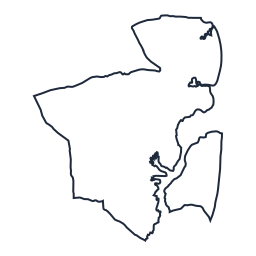 Lindi Urban, Lindi, United Republic of Tanzania
{"feature_id": "72390352B58883595926721", "entity_name": "Lindi Urban", "entity_type": "district", "adm_level": 2, "iso_a3": "TZA", "parent_name": "United Republic of Tanzania", "parent_adm1": "Lindi", "projection": "equal_earth", "projection_center": [39.68, -9.961], "detail": "fine", "context": "isolated", "style": "outline", "palette": "slate", "viewbox_px": 256, "rotation_deg": 0, "n_neighbors": 0, "source": "geoboundaries", "source_scale": "gbopen_adm2", "svg_char_len": 5896}
<svg xmlns="http://www.w3.org/2000/svg" viewBox="0 0 256 256"><path d="M160.2,215.4L160.0,214.8L159.9,214.0L160.5,212.4L160.4,211.5L159.8,211.3L159.1,211.7L158.6,211.6L158.0,210.2L156.9,210.5L156.3,209.7L156.4,208.4L158.3,202.4L158.6,199.9L158.5,198.6L158.1,198.5L157.4,199.6L156.8,199.9L156.5,199.5L156.5,198.9L156.7,196.1L155.3,195.9L153.7,195.2L154.5,194.3L155.7,191.5L156.3,191.4L157.1,190.2L158.4,189.2L158.4,188.3L158.1,187.3L157.3,185.9L156.6,185.3L155.6,185.0L155.0,184.1L155.2,183.4L155.8,183.2L158.5,183.7L159.5,183.5L160.2,182.6L160.3,181.5L160.0,180.2L159.6,179.7L155.2,179.1L153.8,180.0L152.8,180.1L152.0,180.6L151.1,180.1L151.6,179.1L152.0,178.8L151.9,177.8L152.9,178.3L153.5,178.2L153.4,176.2L156.0,175.8L165.3,176.1L166.5,175.8L166.6,175.0L166.0,173.1L165.2,172.4L161.3,171.1L160.3,170.5L159.3,169.7L157.0,166.6L155.5,165.6L154.6,166.2L154.0,165.7L152.4,165.0L152.3,164.3L152.8,163.8L152.2,163.6L153.3,162.4L153.1,161.9L152.7,161.8L152.2,162.1L150.3,162.6L150.0,161.7L150.4,161.4L152.0,160.8L152.5,160.0L152.1,159.4L150.9,159.4L150.4,158.4L150.8,157.8L151.5,158.1L152.2,157.8L153.5,158.8L153.2,157.9L152.6,157.1L153.0,155.9L153.7,156.1L154.7,154.5L155.2,158.1L155.8,158.6L156.4,157.8L156.2,153.4L156.9,152.2L157.5,152.5L157.8,154.5L157.6,156.6L158.7,156.8L158.5,161.1L159.1,162.7L160.3,163.8L161.2,165.7L161.9,166.2L163.9,166.6L166.0,167.9L166.7,167.6L170.1,170.4L172.3,170.8L173.2,170.8L173.7,169.5L173.7,167.3L174.2,166.4L176.2,164.4L176.6,163.1L177.3,162.4L177.7,161.3L179.6,159.1L181.0,152.3L181.2,147.7L178.7,144.8L178.3,144.9L178.1,143.4L176.6,138.9L176.0,136.0L176.7,135.3L176.1,129.7L177.2,128.2L177.9,125.0L179.4,122.1L180.9,120.1L181.2,120.1L182.1,121.0L182.5,121.0L182.9,120.6L183.3,119.3L183.7,118.6L185.1,117.4L189.4,116.9L190.0,116.7L190.7,115.5L192.7,115.1L193.6,113.9L195.0,111.3L195.9,110.2L197.3,109.4L199.1,109.5L200.7,110.1L203.3,112.2L204.0,112.4L205.9,111.5L207.0,110.2L209.0,109.6L209.5,109.0L211.1,108.0L211.7,107.5L212.9,105.2L213.3,104.8L213.6,101.4L213.4,98.4L212.7,96.1L210.8,93.3L210.1,91.4L210.1,89.8L209.7,86.7L208.4,86.0L206.9,85.7L204.8,85.9L203.7,85.7L201.9,86.0L199.2,84.3L198.7,84.6L197.7,86.0L196.7,86.2L196.0,86.7L194.9,86.0L193.2,86.5L190.6,86.0L189.0,86.4L188.6,85.8L188.7,84.9L189.3,84.3L189.3,83.7L189.9,83.2L190.1,82.6L190.8,82.4L191.5,82.8L192.0,82.7L192.2,82.0L191.9,80.2L192.0,79.2L192.4,78.6L193.9,77.7L195.3,77.8L195.7,78.5L196.1,80.1L196.2,83.0L196.8,84.2L197.2,84.0L197.6,81.9L198.2,81.7L199.7,82.2L199.9,82.6L199.8,83.4L199.9,84.4L200.9,84.3L202.1,85.0L204.8,84.6L208.4,84.8L212.6,85.6L213.8,85.5L215.1,84.6L216.2,83.1L217.4,80.5L220.0,70.4L221.0,65.6L221.4,61.5L221.5,55.0L221.3,50.7L220.6,45.0L219.3,38.8L217.0,31.3L214.2,26.3L213.8,26.1L213.0,27.6L212.0,28.7L211.2,30.4L210.9,33.5L211.2,34.5L211.2,34.8L210.8,34.8L211.0,35.3L209.9,35.0L208.9,34.2L207.2,34.2L206.7,34.5L206.7,34.9L205.9,35.0L205.8,36.1L205.0,38.3L204.5,38.8L203.8,39.0L203.1,38.8L202.2,37.5L201.9,37.8L201.6,38.5L201.0,38.8L200.7,38.7L200.5,38.1L201.1,37.1L201.8,36.5L203.2,36.9L203.9,37.6L204.3,37.5L204.6,37.0L204.9,34.5L205.2,34.0L208.1,33.3L207.9,31.6L208.8,31.6L209.2,31.0L209.8,29.1L211.3,28.6L212.4,27.4L212.7,25.3L212.6,24.6L211.8,23.1L210.7,22.3L208.4,22.4L206.4,22.8L204.1,22.2L203.4,21.8L201.3,19.6L200.9,18.8L200.9,17.9L188.5,17.8L185.7,17.0L180.3,16.6L175.6,16.6L173.2,16.1L170.2,16.2L167.5,15.4L165.2,15.4L161.7,15.6L160.9,16.0L159.8,18.1L159.1,18.6L152.3,19.7L147.3,20.1L140.1,22.4L136.7,23.9L132.6,26.2L132.0,26.7L131.9,28.2L133.6,30.8L134.6,33.4L137.9,39.7L139.3,42.9L141.1,45.8L143.2,49.9L143.5,50.7L143.3,50.8L144.7,54.1L146.8,57.7L150.9,61.6L159.8,67.8L160.2,68.3L160.1,68.9L160.2,70.5L159.2,71.5L156.8,71.1L155.1,70.5L148.6,70.1L143.7,69.3L141.3,69.3L138.7,69.8L131.2,72.1L130.2,72.7L128.7,74.1L128.0,74.3L125.4,74.2L124.5,73.4L123.1,74.4L122.7,74.4L120.7,72.3L119.7,72.1L116.5,73.1L113.9,73.4L111.7,74.5L109.1,75.2L107.3,76.4L105.4,76.0L103.9,76.9L101.3,77.1L96.9,76.5L92.5,77.1L90.4,77.9L82.1,83.0L74.2,86.3L72.2,86.9L67.9,86.6L66.8,86.8L64.7,87.8L59.6,88.2L50.4,90.2L41.6,93.5L34.0,96.0L40.6,109.6L42.3,115.7L46.0,122.5L46.6,123.2L49.4,124.9L52.3,127.1L53.5,128.9L58.0,133.0L68.4,140.6L69.9,148.8L69.7,150.7L70.8,159.4L70.6,167.1L71.0,171.3L70.8,173.3L71.2,175.4L72.8,177.5L73.4,180.9L73.3,189.2L73.2,191.0L73.7,193.9L73.7,198.0L79.9,197.5L84.4,199.1L88.1,199.2L92.0,200.9L93.7,201.0L94.4,200.5L95.9,200.3L97.8,201.5L99.2,201.7L101.4,201.5L102.9,200.8L103.4,208.1L103.7,209.0L104.5,209.7L106.3,210.3L107.7,211.4L110.3,214.1L114.4,219.0L115.4,219.9L119.8,221.6L123.0,223.5L124.7,225.0L126.9,227.6L135.0,234.8L136.6,235.3L140.5,238.1L143.5,239.5L145.3,240.6L145.9,239.0L146.9,238.7L147.5,238.1L147.1,237.1L147.1,236.6L147.8,234.9L148.3,235.3L149.2,234.9L150.3,232.5L150.8,232.6L151.6,233.1L152.4,233.1L152.8,232.3L152.7,231.4L153.5,230.3L153.7,229.7L153.7,226.6L153.9,224.9L154.5,224.2L156.2,223.5L157.3,222.7L158.2,222.5L158.6,222.1L158.4,220.0L158.7,218.9L158.7,217.8L159.6,216.9L160.2,215.4ZM221.9,137.5L222.0,133.4L220.1,133.1L218.5,131.9L216.3,131.3L212.0,131.7L208.2,132.7L206.3,133.8L205.7,137.1L203.7,137.5L200.3,137.2L199.7,137.6L199.3,138.1L198.7,140.5L197.8,142.5L192.0,144.7L190.8,145.8L189.1,148.3L187.7,150.5L185.2,155.8L184.8,158.2L184.8,160.4L185.8,163.6L185.4,166.1L184.4,167.3L180.6,175.2L176.6,178.3L174.4,179.1L171.7,181.8L171.1,182.9L169.7,184.4L168.5,185.4L168.3,186.1L165.5,188.4L164.5,189.9L164.2,191.0L164.4,191.8L165.0,193.1L165.7,193.7L164.6,197.4L164.7,198.2L165.2,198.7L165.0,201.3L165.8,202.9L165.8,204.0L166.2,204.8L167.1,206.0L168.7,207.3L169.1,209.0L169.7,210.3L169.7,212.0L172.9,210.6L180.9,208.7L184.5,205.1L187.9,205.2L189.6,204.8L191.8,204.7L196.2,205.8L200.3,206.2L201.2,206.6L202.6,207.9L204.1,210.9L209.0,217.0L210.3,220.5L212.6,214.7L214.8,206.9L215.4,202.2L217.3,194.1L218.0,189.5L220.1,168.9L220.5,156.2L221.3,149.5L221.4,141.7L221.9,137.5Z" fill="none" stroke="#1e293b" stroke-width="2"/></svg>